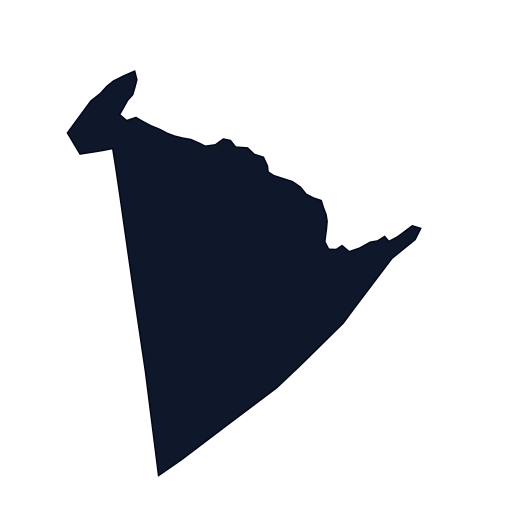 Ichu, Bahia, Brazil (Robinson projection), rotated 81°
{"feature_id": "56859067B55648901233948", "entity_name": "Ichu", "entity_type": "district", "adm_level": 2, "iso_a3": "BRA", "parent_name": "Brazil", "parent_adm1": "Bahia", "projection": "robinson", "projection_center": [-39.186, -11.716], "detail": "fine", "context": "isolated", "style": "filled", "palette": "ink", "viewbox_px": 512, "rotation_deg": 81, "n_neighbors": 0, "source": "geoboundaries", "source_scale": "gbopen_adm2", "svg_char_len": 1091}
<svg xmlns="http://www.w3.org/2000/svg" viewBox="0 0 512 512"><g transform="rotate(81 256 256)"><path d="M457.6,386.6L445.6,361.6L418.8,311.6L389.5,256.4L371.0,229.4L335.9,180.3L323.3,167.5L279.6,122.1L264.7,96.3L254.5,89.0L250.6,96.9L254.8,104.8L259.2,113.2L262.4,122.5L256.8,125.9L260.1,133.5L260.2,140.9L264.4,152.5L266.3,163.3L259.2,169.4L262.1,175.7L260.7,183.2L252.6,185.8L240.4,182.2L232.8,180.3L226.2,180.3L218.3,181.9L211.4,182.9L207.7,190.1L202.8,196.8L195.0,201.3L188.3,208.3L183.3,218.1L179.3,226.0L174.8,230.9L168.8,230.6L159.6,233.2L155.3,241.8L147.9,247.5L145.2,259.1L137.9,263.2L135.3,269.9L139.8,278.7L139.6,289.0L135.6,294.5L130.7,302.2L128.0,310.1L124.8,317.7L120.8,324.7L115.9,331.2L110.9,339.5L105.3,346.9L100.4,352.9L102.0,362.6L95.0,368.6L88.6,363.5L82.2,358.5L77.3,352.5L69.5,348.8L63.2,346.1L54.4,346.9L57.3,358.1L60.9,369.5L64.9,376.5L71.2,384.4L77.1,394.9L104.9,423.0L118.9,417.4L127.8,413.8L127.8,391.2L127.4,380.7L134.7,380.7L146.9,380.7L175.9,381.0L219.9,381.7L274.3,382.5L352.6,383.3L457.6,386.6Z" fill="#0f172a" stroke="#020617" stroke-width="1.5"/></g></svg>